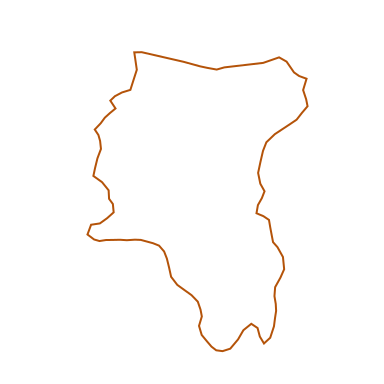 Delta, Minas Gerais, Brazil (Natural Earth projection), rotated 192°
{"feature_id": "56859067B91011546493920", "entity_name": "Delta", "entity_type": "district", "adm_level": 2, "iso_a3": "BRA", "parent_name": "Brazil", "parent_adm1": "Minas Gerais", "projection": "natural_earth1", "projection_center": [-47.811, -19.931], "detail": "fine", "context": "isolated", "style": "outline", "palette": "amber", "viewbox_px": 384, "rotation_deg": 192, "n_neighbors": 0, "source": "geoboundaries", "source_scale": "gbopen_adm2", "svg_char_len": 1410}
<svg xmlns="http://www.w3.org/2000/svg" viewBox="0 0 384 384"><g transform="rotate(192 192 192)"><path d="M285.4,128.7L277.9,125.2L272.3,124.8L266.3,127.1L259.3,128.7L252.5,130.3L245.7,131.3L237.9,133.5L232.1,134.5L219.5,133.8L213.1,132.7L206.9,128.0L202.7,121.6L198.7,113.3L194.8,104.7L187.1,98.1L179.0,94.5L171.0,91.0L163.5,85.9L159.2,78.7L156.5,72.3L157.3,62.5L152.8,54.2L146.4,49.1L140.8,44.8L135.4,42.2L129.0,42.7L122.0,46.7L116.3,57.4L113.0,67.5L106.6,75.4L99.6,72.6L95.6,64.7L90.1,58.8L85.2,65.7L83.9,77.6L84.6,86.2L85.0,93.2L86.8,99.9L89.7,107.3L90.9,116.2L87.7,126.6L85.8,135.6L89.5,147.3L96.9,155.8L102.3,159.8L105.0,166.2L108.0,173.4L110.9,180.7L117.1,183.2L124.5,184.6L124.8,192.9L122.4,200.5L121.2,207.8L126.9,214.3L131.3,224.4L131.3,235.9L131.1,247.0L129.6,256.1L123.0,265.8L116.9,272.0L110.3,278.7L104.7,284.5L101.0,292.1L96.8,299.9L99.6,306.4L104.5,314.8L103.5,326.6L111.3,327.7L117.1,330.2L126.6,339.2L134.8,341.8L149.2,333.1L186.3,320.6L193.3,316.9L203.0,316.6L210.3,316.6L227.3,317.6L270.2,318.3L277.5,316.6L274.8,309.3L271.4,300.1L272.7,287.3L273.5,279.1L281.2,274.8L287.3,269.7L290.9,264.4L284.2,257.8L288.8,252.0L292.7,246.6L295.6,240.2L300.1,232.9L295.4,228.3L292.5,222.8L290.0,215.2L291.5,205.3L291.8,195.4L291.8,187.2L282.0,182.9L273.9,176.3L271.7,168.1L266.9,163.8L264.4,155.8L269.6,148.7L275.6,142.1L283.9,139.0L285.4,128.7Z" fill="none" stroke="#b45309" stroke-width="2"/></g></svg>